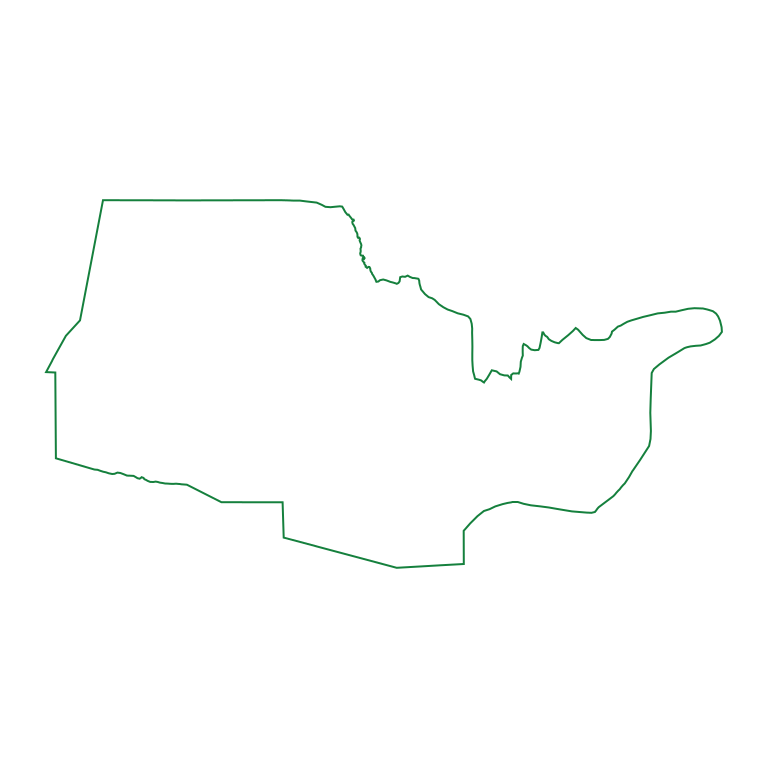 Svay Chek, Bântéay Méanchey, Cambodia (Robinson projection)
{"feature_id": "14789045B19114929433175", "entity_name": "Svay Chek", "entity_type": "district", "adm_level": 2, "iso_a3": "KHM", "parent_name": "Cambodia", "parent_adm1": "Bântéay Méanchey", "projection": "robinson", "projection_center": [103.023, 13.816], "detail": "fine", "context": "isolated", "style": "outline", "palette": "green", "viewbox_px": 768, "rotation_deg": 0, "n_neighbors": 0, "source": "geoboundaries", "source_scale": "gbopen_adm2", "svg_char_len": 4220}
<svg xmlns="http://www.w3.org/2000/svg" viewBox="0 0 768 768"><path d="M706.9,309.4L703.0,308.5L694.4,308.2L688.1,308.8L681.4,310.3L675.6,311.7L670.8,311.7L664.7,312.7L657.7,313.4L650.4,315.2L643.2,316.9L637.1,318.7L631.3,320.4L627.3,321.8L623.5,323.9L620.7,325.6L617.9,326.6L614.5,329.7L612.0,331.6L611.6,333.6L609.8,337.0L607.9,338.9L604.2,339.9L598.7,340.1L591.1,340.0L586.3,338.1L582.7,334.9L578.1,329.7L575.7,328.0L572.9,331.0L568.3,335.1L562.5,339.8L558.9,343.2L557.8,343.1L554.7,342.3L551.4,340.9L548.8,339.2L547.2,336.9L545.6,335.9L544.4,334.7L543.2,332.4L542.4,332.4L541.6,337.5L540.6,342.9L539.5,348.0L538.4,349.9L534.7,350.2L531.2,349.6L529.1,348.0L527.5,346.3L526.1,345.3L523.7,344.0L522.8,346.1L522.7,348.4L522.7,352.4L522.8,355.6L521.9,357.9L520.8,361.7L520.5,366.9L519.4,371.8L518.7,373.6L518.0,373.3L516.0,373.5L513.2,373.4L511.2,375.0L511.1,378.9L509.6,377.5L507.8,375.5L504.3,375.4L500.0,374.2L496.6,371.4L491.8,370.3L489.1,375.0L486.8,378.8L484.8,381.2L484.0,382.5L482.9,381.8L481.1,380.4L478.9,379.7L475.1,378.8L474.8,377.9L474.2,375.3L473.1,371.4L472.6,365.7L472.3,360.1L472.3,358.0L472.3,353.8L472.4,346.8L472.3,340.0L472.1,332.7L472.2,328.6L471.7,323.7L470.4,319.0L468.1,316.4L463.4,314.7L457.7,313.3L452.3,311.1L447.6,309.5L443.3,307.2L438.9,304.2L434.7,299.9L432.2,298.3L428.6,297.1L425.0,294.1L421.1,289.5L420.3,286.4L420.0,285.5L419.6,284.0L419.4,282.9L419.2,280.6L418.4,278.8L417.6,278.6L416.2,278.4L414.6,278.1L412.6,278.0L409.9,276.9L407.7,275.6L405.1,276.8L402.3,276.5L400.2,277.2L399.6,281.4L398.4,283.0L396.8,283.8L395.8,283.4L392.9,282.5L390.4,281.9L386.5,280.4L383.2,279.5L380.0,280.2L378.4,281.5L376.4,281.8L375.8,280.5L375.6,279.7L374.7,278.1L373.6,276.1L372.8,274.8L372.1,273.9L371.8,272.7L371.0,271.8L370.5,270.6L370.3,269.4L370.2,268.4L369.4,267.0L368.4,266.9L367.1,267.9L366.4,267.3L365.6,266.7L365.9,265.9L364.7,264.4L364.2,263.6L364.4,262.8L363.5,261.9L362.5,260.6L362.5,259.4L362.7,258.5L364.0,259.1L364.6,258.1L364.0,257.0L363.2,256.5L363.0,255.7L361.5,255.6L360.7,255.3L360.3,254.1L360.2,253.2L360.6,252.0L360.7,251.0L360.6,249.7L360.5,248.6L361.1,247.5L361.1,246.6L361.4,245.7L361.2,244.3L360.4,242.5L359.9,241.3L359.6,240.4L359.9,239.3L359.8,238.4L358.9,237.5L358.2,237.9L357.6,237.1L357.4,236.1L357.5,235.1L357.2,233.4L356.5,232.0L355.5,230.6L355.2,228.1L353.5,224.9L352.7,223.9L352.3,222.4L352.4,221.6L353.9,220.6L353.6,219.6L352.1,219.4L351.3,218.2L350.2,216.8L349.3,215.7L348.6,214.6L347.5,214.8L345.3,212.1L343.5,208.8L342.2,206.6L339.8,206.3L334.5,206.8L330.5,207.2L325.4,206.8L321.9,204.9L316.7,202.6L311.4,202.0L305.4,201.3L299.9,200.6L293.4,200.6L288.8,200.4L281.1,200.2L186.0,200.4L153.5,200.3L103.0,200.2L80.0,320.4L65.9,335.8L57.1,351.6L52.6,359.7L52.2,360.7L46.1,372.1L55.3,372.5L55.9,458.3L94.3,469.5L95.2,469.6L97.6,469.8L100.3,470.8L103.1,471.7L105.9,472.3L108.8,473.3L112.2,474.0L114.6,473.8L117.4,472.6L120.4,473.0L123.6,474.2L127.0,475.6L130.0,475.7L133.6,475.9L135.9,477.2L137.5,478.2L139.6,478.7L140.9,477.9L141.6,477.2L143.5,477.9L144.4,479.2L146.0,479.9L147.7,480.9L150.2,481.9L153.3,482.0L155.7,481.6L157.9,482.0L159.8,482.6L162.5,483.0L165.1,483.5L167.7,483.6L170.3,483.8L173.0,483.9L174.6,483.8L176.2,483.7L178.0,483.9L179.7,484.0L181.5,484.3L182.9,484.4L186.9,484.7L221.4,502.2L282.6,502.3L283.7,537.6L396.7,567.8L423.1,566.3L440.2,565.3L463.8,564.0L463.7,530.8L470.2,523.4L477.4,516.2L483.9,511.0L489.5,509.2L495.3,506.4L502.7,504.1L507.8,502.9L511.0,502.4L512.5,502.0L517.8,502.0L523.6,503.8L530.8,505.3L540.5,506.4L548.9,507.5L556.9,508.9L565.3,510.3L572.0,511.4L579.3,512.0L586.7,512.6L591.5,512.8L594.9,512.0L595.4,511.3L596.1,510.6L596.7,509.6L597.8,508.2L598.7,507.2L611.7,497.4L613.4,496.1L615.1,494.3L616.3,492.8L618.5,490.4L619.2,489.8L620.0,488.9L621.0,487.5L622.9,485.3L624.8,483.4L629.0,477.1L632.4,471.1L633.1,470.2L635.2,467.1L640.0,460.1L649.1,446.0L650.5,439.0L650.9,431.0L650.3,412.8L650.7,399.0L651.7,373.0L653.9,369.0L659.4,364.4L668.5,357.7L678.1,352.0L684.1,348.3L685.2,347.8L687.1,347.2L690.6,346.4L695.8,345.8L700.6,345.5L705.8,344.1L709.8,342.7L714.9,339.4L718.9,335.9L721.9,331.9L721.6,327.2L720.0,320.7L718.1,316.4L716.1,313.6L712.9,311.2L708.7,309.9L706.9,309.4Z" fill="none" stroke="#15803d" stroke-width="2"/></svg>